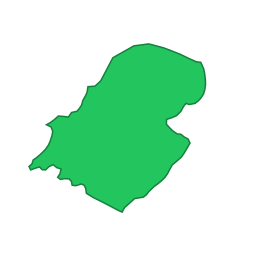 Governador Celso Ramos, Santa Catarina, Brazil (Albers equal-area conic projection), rotated 224°
{"feature_id": "56859067B15434702823341", "entity_name": "Governador Celso Ramos", "entity_type": "district", "adm_level": 2, "iso_a3": "BRA", "parent_name": "Brazil", "parent_adm1": "Santa Catarina", "projection": "albers", "projection_center": [-48.579, -27.376], "detail": "fine", "context": "isolated", "style": "filled", "palette": "green", "viewbox_px": 256, "rotation_deg": 224, "n_neighbors": 0, "source": "geoboundaries", "source_scale": "gbopen_adm2", "svg_char_len": 1325}
<svg xmlns="http://www.w3.org/2000/svg" viewBox="0 0 256 256"><g transform="rotate(224 128 128)"><path d="M121.3,225.8L125.0,223.0L133.4,220.0L140.5,217.7L150.4,213.7L158.3,210.3L171.5,202.9L180.8,191.2L187.7,168.1L180.4,143.0L180.8,135.2L185.5,129.9L182.2,125.2L180.9,121.5L179.6,116.4L177.4,112.4L176.6,108.7L176.3,104.7L179.4,99.9L178.5,94.5L181.7,92.1L186.4,88.3L186.9,82.1L187.8,77.3L188.9,73.7L184.2,75.3L179.9,73.4L177.6,70.0L174.8,64.4L173.4,60.5L172.5,55.0L172.7,48.0L173.2,43.0L174.0,39.1L172.1,35.4L172.5,31.6L168.9,30.2L166.8,34.6L164.5,38.6L161.0,38.3L158.2,40.5L158.0,45.3L156.4,49.6L151.7,50.0L147.8,52.0L145.2,48.0L144.4,43.7L140.8,44.1L138.7,47.2L135.2,50.4L131.6,50.3L128.4,48.0L125.4,50.3L122.7,55.3L119.7,56.4L116.2,55.0L112.6,52.1L104.6,53.9L93.8,57.3L78.1,61.9L73.8,63.4L75.2,68.4L74.8,73.1L74.2,81.8L71.2,85.9L68.9,88.9L68.4,92.5L68.8,97.0L68.6,103.8L67.7,109.1L67.3,112.8L67.1,117.8L67.8,122.5L68.8,125.9L70.5,131.9L69.7,140.0L69.4,144.4L70.1,148.7L72.9,160.2L77.1,161.8L81.5,160.6L85.7,160.2L88.4,157.9L94.1,157.0L98.4,157.1L103.0,157.4L106.2,161.0L103.6,165.9L101.7,170.5L101.5,176.6L103.0,182.1L103.4,186.0L100.4,187.3L96.9,192.2L96.3,196.1L96.3,199.9L97.3,205.0L99.4,209.0L102.3,213.0L106.1,216.7L111.2,220.8L114.8,223.2L121.3,225.8Z" fill="#22c55e" stroke="#15803d" stroke-width="1.5"/></g></svg>